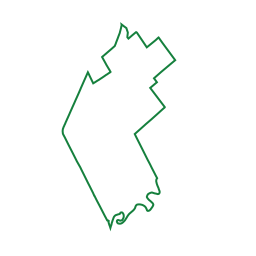 Salcioara, Ialomita, Romania (Robinson projection), rotated 126°
{"feature_id": "2599482B59110009090263", "entity_name": "Salcioara", "entity_type": "district", "adm_level": 2, "iso_a3": "ROU", "parent_name": "Romania", "parent_adm1": "Ialomita", "projection": "robinson", "projection_center": [26.933, 44.559], "detail": "fine", "context": "isolated", "style": "outline", "palette": "green", "viewbox_px": 256, "rotation_deg": 126, "n_neighbors": 0, "source": "geoboundaries", "source_scale": "gbopen_adm2", "svg_char_len": 4025}
<svg xmlns="http://www.w3.org/2000/svg" viewBox="0 0 256 256"><g transform="rotate(126 128 128)"><path d="M106.5,193.2L116.4,191.1L120.1,190.3L124.3,189.4L124.8,189.2L125.0,189.2L130.0,188.1L133.8,187.3L135.8,186.9L137.6,186.5L139.9,186.0L143.8,185.2L144.7,185.0L145.6,184.8L146.6,184.6L147.1,184.5L148.0,184.3L148.9,184.1L149.9,183.9L150.7,183.7L152.1,183.4L153.5,183.1L155.0,182.8L155.8,182.6L156.1,182.6L157.3,182.3L157.9,182.2L158.3,182.1L158.7,182.0L159.3,181.9L160.3,181.7L161.3,181.4L162.4,181.2L163.1,181.1L163.7,180.9L164.3,180.8L165.0,180.7L166.3,180.3L167.1,180.1L168.2,179.5L168.7,179.2L169.5,178.6L170.1,178.0L170.7,177.5L170.9,177.3L171.8,175.6L172.0,175.1L172.2,174.8L172.4,174.3L172.9,173.3L176.7,166.0L180.2,159.1L184.3,151.1L184.6,150.6L185.5,148.7L187.9,143.4L189.0,141.4L191.6,136.4L194.0,131.8L196.0,128.0L197.3,125.4L201.3,117.7L201.7,117.1L202.0,116.5L202.2,116.2L202.6,115.6L202.5,115.4L205.0,110.6L207.4,105.7L213.3,94.0L213.3,93.9L215.0,90.5L215.0,90.4L214.6,90.1L214.7,89.9L214.9,89.5L214.9,89.4L214.8,89.2L214.7,89.2L214.6,88.9L215.0,88.7L215.3,88.6L215.5,88.5L215.6,88.4L216.3,87.6L217.1,86.5L217.5,86.0L217.6,85.7L219.2,83.5L217.3,84.2L216.1,84.5L214.6,85.2L212.8,85.8L211.9,86.1L210.4,86.5L209.4,86.8L208.8,87.0L208.2,87.1L207.5,87.1L206.7,87.0L205.9,86.8L205.3,86.4L204.2,85.6L203.5,85.1L203.1,84.7L202.7,84.4L202.3,84.2L201.9,84.1L201.5,84.2L201.2,84.3L200.9,84.3L200.6,84.1L200.2,83.8L200.1,83.6L199.8,83.1L199.8,82.7L199.9,82.2L200.2,81.5L200.5,80.9L201.0,80.3L201.7,79.7L202.3,79.3L203.0,79.0L203.7,78.8L204.3,78.7L204.8,78.6L205.4,78.6L206.0,78.6L206.6,79.0L207.2,79.4L207.6,80.0L208.0,81.2L208.1,81.6L208.4,82.0L208.7,82.3L209.0,82.4L209.3,82.4L209.7,82.3L210.1,82.1L210.4,81.8L210.6,81.5L210.9,80.9L211.0,80.3L211.0,79.8L210.5,78.8L210.1,78.2L209.7,77.8L208.9,77.2L208.2,76.9L207.2,76.6L206.0,76.4L204.4,76.2L203.4,76.3L201.5,76.4L199.4,76.6L197.4,76.6L196.2,76.4L193.2,75.7L192.5,75.5L191.9,75.4L190.6,75.2L189.3,75.2L188.4,75.3L187.4,75.7L186.5,75.9L185.9,75.9L185.5,75.9L185.0,75.8L184.4,75.4L183.9,74.9L183.4,74.3L183.0,73.7L182.6,73.1L182.3,72.4L181.9,71.5L181.7,70.7L181.6,70.0L181.5,68.8L181.6,67.7L182.0,66.6L182.4,65.8L183.0,64.8L183.4,64.3L183.5,63.9L183.4,63.2L182.8,62.6L182.3,62.3L181.8,62.1L181.3,62.0L180.8,61.9L179.9,61.9L179.0,61.9L177.6,61.9L176.6,62.0L175.4,62.3L175.1,62.5L174.9,62.7L174.7,63.1L174.4,63.6L174.2,64.7L174.0,66.3L173.9,67.1L173.9,68.0L173.8,68.9L173.6,70.0L173.3,70.9L173.1,71.6L172.8,72.1L172.2,72.5L171.2,72.7L170.4,72.9L169.4,72.8L168.8,72.5L168.1,72.2L167.4,71.8L166.6,71.2L166.1,70.7L165.6,69.2L165.3,68.2L164.5,66.5L164.0,65.1L163.7,64.8L163.2,64.4L162.6,64.3L162.2,64.3L161.6,64.5L161.0,64.9L160.5,65.4L160.1,66.0L159.8,66.5L159.5,67.0L158.9,67.7L158.5,68.3L157.8,69.5L157.2,70.5L156.7,71.2L156.0,72.2L155.4,72.8L154.9,73.5L154.3,74.0L153.5,74.5L152.8,74.8L151.9,74.9L151.5,74.9L150.9,76.1L150.7,76.6L148.4,81.1L146.3,85.3L146.2,85.5L144.6,88.5L143.1,91.5L143.0,91.8L142.8,92.1L142.7,92.3L142.4,93.0L137.2,103.0L132.1,112.9L130.5,116.0L128.9,119.0L116.1,116.2L114.6,115.9L107.4,114.2L99.5,112.5L91.9,110.9L89.8,110.4L89.7,110.4L89.5,110.5L82.5,133.6L82.1,133.5L74.0,131.5L72.5,136.2L63.1,134.1L62.7,134.0L45.4,129.7L38.8,150.5L36.8,156.4L36.8,156.5L38.2,156.8L39.9,157.1L41.6,157.5L51.7,160.2L49.2,167.0L45.6,176.9L45.7,177.8L46.0,177.9L47.1,178.2L50.7,179.1L55.4,180.2L55.0,181.8L54.1,182.4L52.9,183.1L52.0,183.6L50.8,184.3L50.6,184.6L49.9,185.6L49.4,186.3L48.6,187.4L48.1,188.1L48.1,188.9L48.1,189.6L48.1,191.0L48.0,194.1L48.3,193.8L48.7,193.5L48.9,193.4L50.0,193.0L51.0,192.5L53.8,191.4L55.6,190.7L56.0,190.5L57.2,190.2L59.1,189.7L61.2,189.1L63.8,188.4L65.7,187.9L67.3,187.4L68.3,187.2L69.4,186.9L69.5,186.9L74.0,187.9L85.7,190.7L85.8,190.7L88.5,184.9L89.7,182.4L91.5,178.2L91.8,177.4L92.5,176.0L92.9,175.1L93.5,175.2L95.3,175.9L96.8,176.4L97.9,176.9L99.7,177.5L102.5,178.5L104.3,179.2L106.0,179.8L107.8,180.6L110.4,181.6L112.3,182.4L110.0,186.7L108.5,189.5L107.0,192.2L106.5,193.2Z" fill="none" stroke="#15803d" stroke-width="2"/></g></svg>